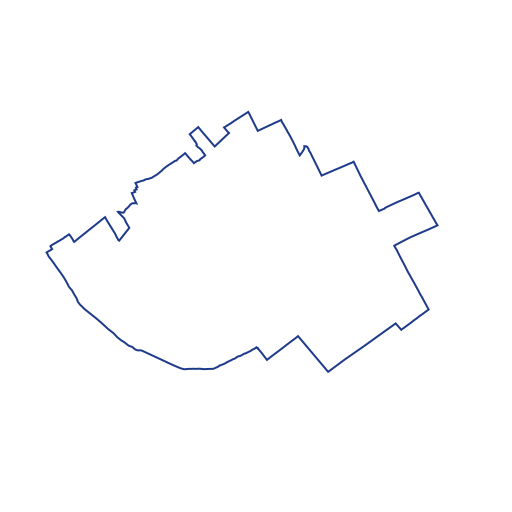 Castranova, Dolj, Romania (Equal Earth projection), rotated 37°
{"feature_id": "2599482B20285682712903", "entity_name": "Castranova", "entity_type": "district", "adm_level": 2, "iso_a3": "ROU", "parent_name": "Romania", "parent_adm1": "Dolj", "projection": "equal_earth", "projection_center": [24.0, 44.125], "detail": "fine", "context": "isolated", "style": "outline", "palette": "blue", "viewbox_px": 512, "rotation_deg": 37, "n_neighbors": 0, "source": "geoboundaries", "source_scale": "gbopen_adm2", "svg_char_len": 6026}
<svg xmlns="http://www.w3.org/2000/svg" viewBox="0 0 512 512"><g transform="rotate(37 256 256)"><path d="M420.8,212.5L422.0,208.7L422.9,205.2L423.3,204.1L424.4,200.6L425.2,197.6L426.1,195.0L426.1,194.8L424.2,194.0L420.5,192.3L418.1,191.2L415.9,190.2L413.6,189.1L410.1,187.7L406.2,185.8L398.2,182.2L386.5,177.1L382.9,175.3L380.1,173.9L372.8,170.5L364.5,166.4L360.3,164.7L360.2,164.6L360.9,163.0L361.7,161.4L364.6,155.2L367.9,148.4L370.4,143.9L377.8,130.9L381.6,124.0L382.5,122.3L373.9,118.7L371.0,117.4L362.3,113.7L352.4,109.4L347.9,107.5L347.1,108.7L346.0,111.0L343.0,116.4L335.4,129.7L331.9,136.4L330.1,139.9L330.2,140.7L329.1,142.6L328.1,144.3L327.1,146.1L323.6,144.6L316.5,141.1L291.6,129.3L277.2,121.9L276.5,123.6L275.1,125.9L272.4,130.7L268.9,136.8L266.8,140.3L264.4,144.6L262.3,148.2L260.0,152.3L251.2,147.8L245.8,145.1L239.8,142.1L236.9,140.6L236.5,140.5L235.7,140.3L235.4,140.2L234.9,139.8L234.4,139.5L233.9,139.2L233.5,138.9L233.1,138.7L232.5,138.6L232.2,138.4L231.7,138.3L231.6,138.1L231.4,138.1L230.9,138.0L230.7,138.0L230.3,138.1L230.2,138.2L229.8,138.5L229.4,138.6L229.0,138.9L228.5,139.2L229.2,140.1L229.7,140.8L229.9,141.4L230.1,142.1L230.2,143.0L230.4,146.2L230.4,147.7L230.4,149.2L230.4,149.3L229.8,149.0L228.7,148.6L228.0,148.2L227.3,147.9L226.1,147.3L225.1,146.8L224.5,146.4L223.1,145.8L222.6,145.5L221.4,144.8L220.9,144.5L220.4,144.3L219.7,143.9L218.6,143.4L217.6,142.8L217.1,142.5L216.2,142.1L215.6,141.9L215.2,141.7L214.8,141.5L212.8,140.5L211.2,139.8L210.3,139.4L209.4,139.0L208.6,138.6L208.1,138.4L207.3,138.2L205.6,137.4L205.2,137.1L203.6,136.5L202.6,136.1L201.9,135.7L200.9,135.3L199.5,134.7L198.5,134.3L196.9,133.7L196.3,133.5L194.2,132.2L193.9,133.0L193.6,133.4L192.5,135.6L191.0,138.2L190.6,138.9L189.6,140.9L188.6,142.8L188.1,143.5L187.7,144.5L185.7,148.2L182.1,155.0L173.5,150.7L166.9,147.4L164.1,146.0L163.1,145.6L162.3,147.8L159.7,154.7L157.2,161.5L156.1,165.0L154.6,168.7L153.6,171.5L153.1,172.5L153.7,172.7L156.8,173.4L159.3,173.9L160.4,174.0L157.1,193.4L148.1,191.4L138.5,189.3L132.3,187.8L129.8,198.6L133.1,199.5L136.1,200.5L138.3,201.3L138.5,201.0L141.5,202.4L142.0,203.8L142.7,203.7L143.8,204.0L145.1,204.0L146.3,203.9L147.6,204.1L148.9,204.3L150.8,205.0L154.6,206.1L154.8,206.2L154.6,207.3L154.5,208.0L154.4,208.2L154.1,209.5L153.5,211.4L153.2,212.2L153.2,212.7L153.2,213.0L153.3,213.4L153.3,213.6L153.0,214.0L152.0,215.3L151.7,215.7L151.5,216.2L151.2,217.1L150.7,218.7L150.6,219.2L148.7,218.8L145.6,218.3L141.3,217.4L138.8,216.8L137.5,216.5L137.3,217.6L136.7,219.7L136.1,222.1L135.3,224.8L135.2,225.9L135.2,226.8L134.9,227.9L134.7,228.1L134.4,228.4L134.2,228.6L134.0,228.9L133.9,229.5L132.8,232.4L131.3,236.4L130.7,238.3L130.4,239.2L130.1,240.5L129.9,241.2L129.6,242.2L129.5,243.9L129.3,244.9L129.0,246.2L128.4,248.5L128.4,249.0L128.0,250.1L127.6,251.4L126.7,253.5L126.1,255.0L125.7,256.3L125.3,256.8L124.8,257.5L124.3,258.2L123.9,258.9L122.1,260.8L121.8,261.2L121.5,261.7L121.2,262.2L121.1,262.8L120.8,263.3L119.9,264.3L118.4,266.4L116.5,269.1L115.8,270.2L119.8,272.3L119.0,273.7L120.6,274.7L119.3,276.7L120.9,277.5L120.4,278.3L118.9,280.5L123.5,283.1L128.7,285.9L128.4,286.0L128.1,286.1L127.9,286.3L127.3,287.0L127.1,287.2L126.5,287.5L126.1,287.8L125.6,288.3L125.4,288.7L124.9,290.0L124.7,290.8L124.7,292.2L124.5,294.5L124.3,295.4L124.1,296.0L123.9,296.8L123.9,297.8L124.0,298.8L124.0,299.3L124.2,299.9L124.2,300.7L124.0,301.3L123.5,301.6L122.1,302.3L120.1,303.1L119.4,303.6L119.2,303.8L120.2,304.1L125.3,304.8L128.2,305.3L129.8,306.1L131.2,307.0L137.9,309.8L137.5,326.1L136.4,326.1L135.5,325.6L133.0,324.6L129.9,322.9L120.2,319.2L114.7,317.0L112.1,315.8L110.7,320.8L110.5,322.0L110.1,323.4L108.8,328.6L107.6,333.2L107.1,335.0L106.0,339.5L104.1,346.8L102.5,353.4L102.3,354.2L101.4,353.9L99.5,353.0L96.4,351.9L94.2,351.3L93.6,351.2L93.5,351.5L93.4,351.8L92.9,353.4L92.4,355.1L92.2,355.5L91.9,355.8L91.8,356.2L91.7,357.1L91.7,357.3L91.6,357.6L90.8,359.6L90.2,361.0L89.8,362.2L89.2,363.3L89.0,363.7L88.8,364.1L88.7,364.5L88.7,364.8L88.5,365.2L86.5,369.8L85.9,371.5L85.9,371.9L86.5,372.2L88.6,373.0L89.0,373.1L88.8,373.8L88.4,375.0L87.7,376.5L87.0,378.1L86.6,379.2L87.4,379.6L88.1,379.8L88.6,380.0L89.7,380.6L90.9,381.2L92.1,381.5L93.6,381.9L95.6,382.5L98.5,383.3L101.7,384.4L106.5,385.9L110.2,387.0L115.7,388.9L117.6,389.7L118.0,389.9L118.7,390.1L119.3,390.4L120.9,391.1L122.9,392.0L124.7,393.0L126.1,393.4L127.7,393.8L129.1,394.0L130.2,394.4L134.2,396.2L138.1,397.7L138.2,397.8L139.4,398.5L140.2,399.1L141.0,399.6L141.3,399.8L142.0,400.0L143.1,400.3L144.1,400.6L145.8,400.9L147.4,401.0L149.4,401.4L150.2,401.5L152.4,401.6L155.6,401.7L159.9,401.8L168.6,402.1L175.7,402.7L181.9,403.3L188.8,403.4L191.5,403.9L194.1,404.4L196.1,404.4L199.2,404.5L201.3,404.3L202.6,404.1L203.9,404.1L205.0,404.2L207.6,404.2L208.8,404.1L210.1,403.7L211.9,403.1L212.4,403.1L214.3,403.3L215.1,403.3L216.7,403.1L218.2,402.6L218.9,402.2L219.3,401.7L220.7,400.8L221.6,400.3L242.9,395.7L252.0,393.8L258.5,392.3L263.2,391.1L266.4,389.9L268.2,388.5L269.6,387.1L272.7,384.7L274.1,383.6L276.2,382.1L277.2,381.3L278.0,380.5L279.3,379.7L280.7,378.7L281.8,378.2L283.0,377.3L286.0,374.8L287.8,373.4L288.8,372.6L289.5,372.0L290.1,371.3L290.5,370.7L290.8,370.0L291.9,368.1L292.4,367.0L292.6,366.5L292.7,366.0L292.7,365.6L292.9,365.4L293.6,364.5L293.7,364.0L294.2,363.4L294.6,362.7L295.0,362.1L295.6,361.0L296.2,359.7L296.6,358.6L297.4,357.1L298.4,354.9L298.6,354.7L298.8,354.4L299.0,354.1L299.1,353.7L299.7,352.3L300.2,351.6L300.5,351.2L301.3,349.4L301.6,347.9L302.5,346.5L303.2,345.8L303.7,345.1L304.7,342.8L305.4,341.0L305.9,340.4L306.3,340.2L306.4,339.8L307.7,337.2L309.0,334.7L309.2,333.6L309.6,332.8L310.6,331.0L311.3,328.6L312.9,328.9L313.0,328.5L314.1,328.9L318.8,330.0L327.3,332.4L328.3,328.5L329.2,325.3L332.4,314.2L334.2,307.6L337.1,297.5L337.8,294.7L339.1,295.0L359.7,299.7L370.3,302.1L377.6,303.8L383.3,305.1L383.9,303.2L389.4,284.6L394.3,269.7L396.8,262.1L404.3,237.9L407.2,228.8L408.1,225.8L416.4,227.5L416.4,227.3L417.2,224.9L419.6,217.0L420.8,212.5Z" fill="none" stroke="#1e3a8a" stroke-width="2"/></g></svg>